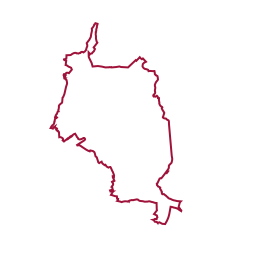 outline of Maltrata, Veracruz, Mexico, rotated 129°
{"feature_id": "50627088B19027861319705", "entity_name": "Maltrata", "entity_type": "district", "adm_level": 2, "iso_a3": "MEX", "parent_name": "Mexico", "parent_adm1": "Veracruz", "projection": "mercator", "projection_center": [-97.262, 18.844], "detail": "fine", "context": "isolated", "style": "outline", "palette": "rose", "viewbox_px": 256, "rotation_deg": 129, "n_neighbors": 0, "source": "geoboundaries", "source_scale": "gbopen_adm2", "svg_char_len": 5841}
<svg xmlns="http://www.w3.org/2000/svg" viewBox="0 0 256 256"><g transform="rotate(129 128 128)"><path d="M95.7,108.5L94.5,108.8L94.2,109.1L93.6,109.2L93.2,109.6L93.0,110.5L92.7,110.9L92.5,112.1L92.0,112.9L91.7,113.9L91.3,114.3L90.8,114.4L90.3,114.4L90.2,115.0L90.4,116.4L90.0,117.9L89.7,118.4L89.0,119.4L88.4,119.7L87.0,121.4L85.3,122.7L85.9,123.5L85.3,124.1L84.9,124.9L84.8,125.8L85.7,126.0L86.4,126.4L86.5,127.1L87.0,127.4L87.3,127.6L87.3,128.2L87.0,128.7L86.4,129.0L84.3,128.8L83.6,129.0L83.1,129.4L82.1,130.6L80.0,131.8L79.1,132.5L78.6,133.3L77.7,134.2L76.7,134.6L74.8,135.1L72.2,135.1L71.5,135.2L69.8,136.9L69.1,137.9L69.5,139.5L69.2,140.0L69.4,140.6L69.2,141.1L68.2,142.0L67.1,143.3L68.2,144.5L69.8,146.8L70.9,147.8L70.2,148.9L70.2,149.4L70.9,150.8L70.9,151.2L71.2,151.7L71.5,152.2L71.6,153.1L71.5,154.1L71.1,155.3L70.7,155.7L69.0,156.7L67.2,156.6L65.2,155.7L64.6,160.2L65.8,160.5L65.9,162.4L65.6,163.4L70.5,163.8L70.4,164.7L80.9,166.1L85.0,171.8L85.6,173.4L88.0,175.5L91.2,178.8L91.2,179.4L91.6,179.6L92.1,180.1L92.1,180.4L92.5,180.9L93.0,181.2L95.2,183.8L96.7,186.9L98.8,190.4L102.5,194.2L101.0,196.3L100.3,197.3L98.1,202.1L97.4,203.3L94.0,206.2L94.1,205.6L95.0,204.0L94.1,204.0L92.6,202.9L91.7,203.1L89.9,202.8L87.4,203.4L87.0,205.4L81.0,205.5L80.6,206.7L78.9,208.9L78.2,209.6L77.1,210.4L75.5,212.1L74.3,212.9L73.9,213.4L73.4,213.3L72.8,213.8L72.0,214.1L71.5,214.6L70.8,215.0L69.4,215.5L68.4,216.3L66.9,216.8L66.2,217.2L67.0,219.1L67.3,218.9L68.5,219.3L69.0,219.3L69.3,219.0L70.5,218.8L72.1,218.6L72.6,218.7L73.5,218.7L74.7,217.5L75.2,217.2L78.7,215.4L80.7,214.2L83.7,213.6L88.0,213.5L88.7,212.6L88.9,212.1L90.1,211.1L91.6,210.7L93.9,209.7L95.8,209.7L96.6,210.1L97.2,210.1L97.6,211.4L98.2,212.1L99.1,212.4L99.6,212.2L99.9,212.4L100.3,212.9L101.4,213.4L101.9,214.5L102.3,214.9L102.4,215.8L103.5,217.0L105.3,217.9L106.9,218.3L107.6,218.7L110.2,221.6L112.5,219.8L113.5,220.0L114.1,219.9L114.7,220.9L115.1,220.8L115.3,220.1L114.4,218.5L118.3,216.1L117.9,215.3L117.7,212.7L117.3,211.5L117.0,210.1L118.0,208.4L122.6,208.4L122.9,209.5L123.9,210.6L124.7,210.6L125.1,210.4L125.5,210.2L126.3,211.6L126.9,211.5L126.8,211.3L127.3,209.9L127.2,209.6L127.8,209.7L128.2,210.2L128.8,209.5L128.1,209.1L129.3,208.6L128.7,207.8L129.3,207.8L129.5,207.4L129.4,205.9L131.4,203.6L132.5,203.0L135.1,202.0L141.6,198.8L144.6,197.9L145.7,197.9L149.2,195.5L150.0,195.2L151.6,195.6L153.1,195.8L154.1,195.7L154.9,195.2L155.4,194.7L157.1,193.7L157.4,193.7L158.4,193.0L158.7,192.5L159.1,192.9L159.7,192.9L161.9,192.1L162.5,192.3L164.6,191.8L164.5,189.8L165.5,189.9L166.1,190.9L166.4,190.5L167.2,190.3L168.6,189.5L169.1,189.4L169.3,189.0L169.8,189.0L171.0,188.3L171.5,188.3L171.9,188.1L172.3,188.1L173.1,188.3L173.5,188.3L173.8,188.5L174.2,188.3L175.1,188.5L176.2,188.2L176.7,188.1L176.3,187.5L175.8,186.0L175.1,186.2L174.4,186.2L173.7,186.1L173.2,185.8L172.8,185.7L174.0,185.3L173.4,184.2L173.1,183.0L173.2,182.7L173.7,182.6L174.5,182.7L174.7,181.2L174.3,180.7L174.7,180.2L174.5,179.7L174.7,179.0L178.4,175.6L178.0,175.3L177.5,174.5L177.2,173.5L177.1,172.2L177.6,171.3L178.6,171.1L178.4,169.8L178.8,169.8L178.8,169.3L175.1,168.5L175.2,168.1L174.7,167.9L174.6,168.4L173.6,168.2L173.1,167.5L172.1,167.7L171.6,167.6L171.8,167.1L171.3,166.9L171.1,167.4L170.7,167.3L170.8,166.9L170.4,166.7L170.3,167.1L169.4,166.6L169.3,166.8L168.7,166.5L167.6,166.4L166.3,165.9L165.7,165.4L165.9,165.1L166.5,163.2L167.1,162.1L167.2,160.9L167.8,159.8L167.7,159.2L167.2,158.2L165.7,157.1L163.8,156.3L163.6,156.1L163.3,155.6L163.3,155.2L163.4,154.8L163.7,154.3L164.5,154.1L165.5,154.3L173.2,156.9L173.4,156.4L172.2,155.2L171.8,154.3L171.5,150.5L171.1,146.5L170.8,145.2L170.8,144.8L170.2,143.0L169.2,143.2L168.0,140.8L167.9,139.1L168.4,138.1L170.5,135.3L170.4,134.3L170.5,133.7L171.2,132.7L172.7,130.4L173.4,129.4L173.4,128.3L172.7,128.1L170.8,127.3L171.4,126.3L171.7,125.0L171.6,124.4L171.6,122.8L170.8,122.4L171.4,120.4L171.1,118.3L170.2,117.9L169.4,117.1L169.9,115.9L171.3,113.2L171.6,112.3L173.5,109.1L174.9,108.1L175.2,109.4L175.8,108.9L177.6,105.3L178.2,105.5L179.2,106.1L179.2,106.4L179.9,106.6L180.2,105.9L180.4,104.9L180.7,104.5L181.1,104.1L181.8,103.8L182.8,103.8L184.1,103.7L183.9,103.0L184.6,102.3L185.4,101.1L187.8,102.7L188.3,101.8L187.7,101.6L186.5,99.7L187.0,99.9L187.3,99.6L187.7,99.8L188.4,99.5L190.7,99.1L190.2,98.1L189.2,95.3L188.1,93.6L189.8,92.0L189.3,91.1L190.7,90.3L191.4,90.4L190.1,87.8L189.6,86.3L188.3,85.5L186.9,84.3L185.6,82.5L185.4,82.0L184.9,81.8L184.6,81.3L184.6,81.1L184.1,81.4L183.4,81.1L181.5,79.6L181.0,78.7L180.3,78.2L177.9,76.2L177.4,75.2L177.5,74.3L177.2,72.9L175.5,70.3L174.8,68.7L172.9,66.5L172.1,65.9L171.3,64.9L170.7,63.4L169.9,61.8L169.2,59.9L168.3,58.6L173.1,54.5L173.7,53.7L178.5,53.6L177.8,50.5L179.0,48.9L180.0,48.9L180.7,48.5L181.8,49.9L182.8,50.1L183.6,50.8L183.4,49.9L183.9,48.3L183.7,48.2L183.3,46.9L182.9,46.7L183.1,45.4L182.8,45.6L182.3,44.6L181.5,44.2L180.9,41.1L179.3,38.7L175.3,39.4L172.2,40.3L169.2,41.6L162.4,45.3L161.7,44.1L160.9,42.1L160.2,40.8L159.7,39.4L159.4,38.0L159.4,36.6L159.1,34.4L158.5,34.7L158.3,36.2L157.9,37.1L157.6,38.9L153.9,40.6L152.7,40.9L151.8,40.8L153.9,43.9L154.6,45.4L155.5,47.2L155.9,48.3L156.4,50.5L156.9,51.5L157.0,53.1L156.8,53.7L156.9,55.1L156.7,55.5L156.7,56.2L156.8,56.5L156.8,58.6L157.6,59.3L157.8,59.7L157.6,60.4L157.2,60.6L156.9,61.2L156.7,61.2L156.2,61.6L156.1,62.3L155.5,63.0L155.5,63.8L155.1,64.4L154.7,65.2L154.0,65.5L154.1,66.4L154.5,67.7L154.5,68.0L154.1,68.8L154.2,69.2L154.1,69.6L153.6,70.0L153.3,70.5L153.1,70.6L152.3,70.4L147.4,71.6L146.2,70.9L146.2,70.6L145.2,70.4L139.6,70.6L138.8,69.5L136.6,69.6L137.3,70.7L134.1,70.9L133.1,71.3L131.9,72.3L131.1,72.6L127.6,72.3L125.3,73.4L124.1,74.2L122.0,76.6L99.7,98.1L96.9,100.6L96.6,101.4L97.0,103.2L96.8,104.0L96.8,104.5L97.7,105.9L97.9,107.1L97.8,107.6L97.6,107.8L96.4,108.0L95.7,108.5Z" fill="none" stroke="#9f1239" stroke-width="2"/></g></svg>